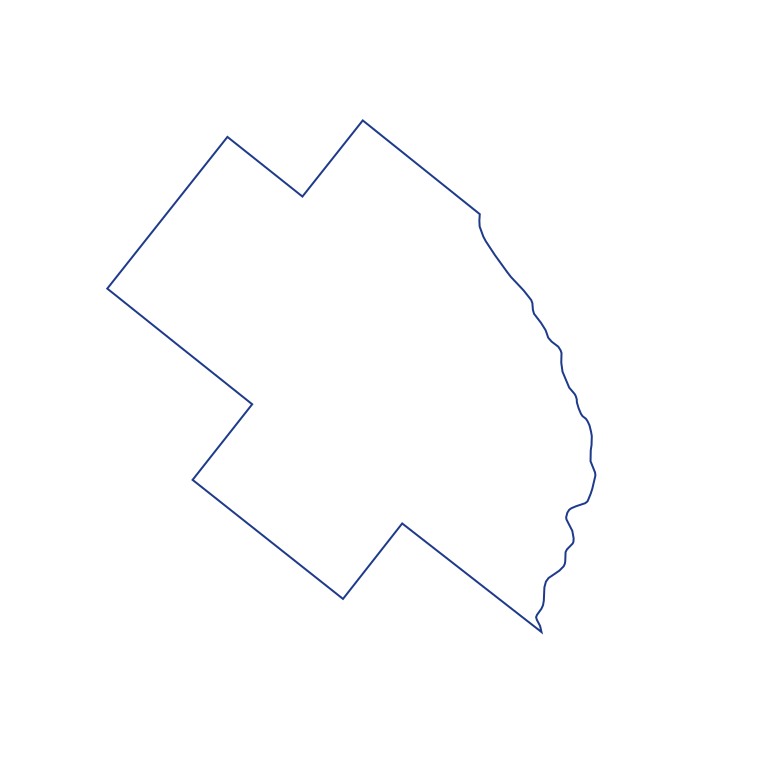 Wabasha, Minnesota, United States of America (Albers equal-area conic projection), rotated 38°
{"feature_id": "52423323B18779355101233", "entity_name": "Wabasha", "entity_type": "district", "adm_level": 2, "iso_a3": "USA", "parent_name": "United States of America", "parent_adm1": "Minnesota", "projection": "albers", "projection_center": [-92.029, 44.281], "detail": "fine", "context": "isolated", "style": "outline", "palette": "blue", "viewbox_px": 768, "rotation_deg": 38, "n_neighbors": 0, "source": "geoboundaries", "source_scale": "gbopen_adm2", "svg_char_len": 1185}
<svg xmlns="http://www.w3.org/2000/svg" viewBox="0 0 768 768"><g transform="rotate(38 384 384)"><path d="M484.0,578.6L484.2,482.7L660.8,482.5L656.0,478.6L649.6,475.7L647.4,474.1L646.7,471.7L646.4,464.1L645.5,460.4L643.3,456.3L635.6,445.5L633.3,440.1L633.1,435.6L637.1,423.1L637.8,417.1L637.2,414.4L636.1,412.3L630.6,404.7L630.0,401.8L630.9,393.4L630.3,391.5L628.4,388.8L622.8,383.8L611.2,378.4L609.6,376.9L607.7,372.5L607.4,369.1L608.1,366.6L610.6,362.1L615.9,354.1L616.5,351.7L616.5,350.6L614.4,343.1L612.5,338.0L606.9,325.9L604.8,323.8L594.3,317.7L587.7,308.9L585.1,304.3L579.8,297.1L576.5,294.1L571.3,290.0L571.2,290.0L567.5,288.1L564.6,287.1L560.3,287.1L557.7,286.3L552.3,283.3L547.4,279.8L546.6,278.9L545.3,277.4L542.6,275.5L540.7,274.6L532.1,272.8L517.1,264.4L510.6,258.1L504.8,250.3L502.5,248.8L498.4,247.3L489.9,247.4L484.9,246.4L480.9,243.8L478.0,242.0L469.9,239.1L459.0,236.3L455.7,233.9L451.1,228.9L448.3,227.2L436.4,224.3L418.1,221.5L411.9,219.9L391.9,214.1L376.2,208.8L371.5,206.7L362.4,201.0L358.6,196.6L354.9,191.2L205.0,189.4L204.3,286.5L108.5,285.7L107.2,479.2L197.1,480.2L292.6,481.1L292.2,577.4L484.0,578.6Z" fill="none" stroke="#1e3a8a" stroke-width="2"/></g></svg>